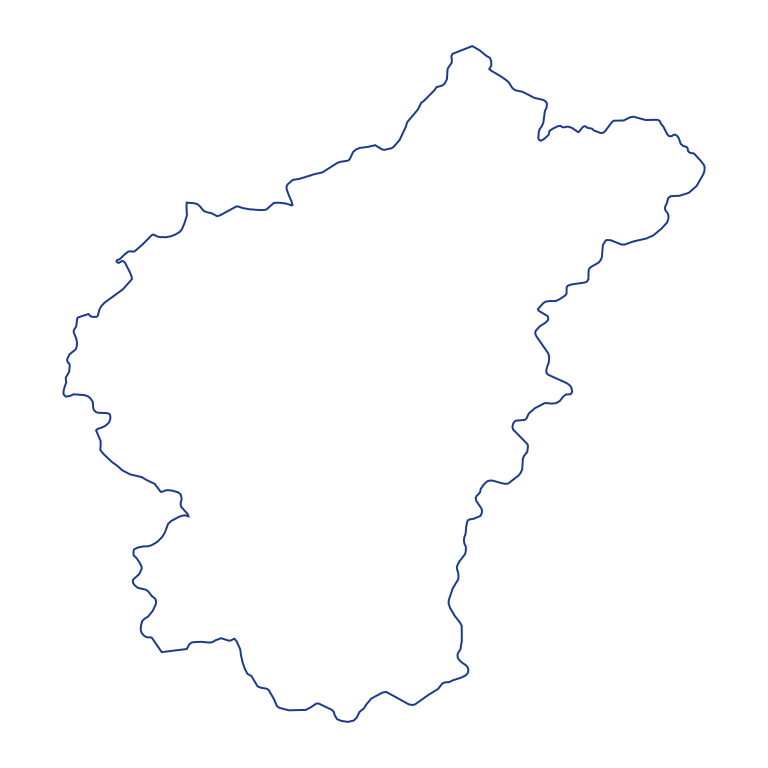 Ha Lang, Cao Bằng, Vietnam (Mercator projection)
{"feature_id": "81297802B75623207701482", "entity_name": "Ha Lang", "entity_type": "district", "adm_level": 2, "iso_a3": "VNM", "parent_name": "Vietnam", "parent_adm1": "Cao Bằng", "projection": "mercator", "projection_center": [106.692, 22.709], "detail": "fine", "context": "isolated", "style": "outline", "palette": "blue", "viewbox_px": 768, "rotation_deg": 0, "n_neighbors": 0, "source": "geoboundaries", "source_scale": "gbopen_adm2", "svg_char_len": 6045}
<svg xmlns="http://www.w3.org/2000/svg" viewBox="0 0 768 768"><path d="M186.8,649.0L189.2,644.4L191.3,642.7L193.1,642.2L201.1,641.8L209.8,642.6L212.7,642.0L215.5,640.3L221.3,638.2L228.1,640.5L230.5,640.6L234.4,638.7L236.7,641.4L240.3,649.6L240.9,654.9L242.7,662.7L244.8,668.8L247.4,673.8L251.5,676.1L257.5,686.3L260.8,687.7L266.6,688.7L268.6,689.9L273.5,698.3L277.0,706.1L279.3,707.8L288.8,710.3L305.8,709.9L311.0,707.2L316.3,703.6L318.6,703.5L332.3,710.1L333.8,712.0L334.8,715.4L337.1,719.2L341.2,720.9L348.1,721.9L353.9,720.5L356.7,717.6L359.6,711.8L364.0,708.3L366.1,704.7L371.4,698.5L382.0,692.8L384.1,692.2L386.4,692.0L408.9,704.4L412.9,705.0L415.3,704.2L428.6,694.8L438.1,688.9L442.2,683.6L444.8,682.4L449.2,682.1L452.9,680.3L460.4,677.9L465.2,675.7L467.6,673.4L468.4,670.6L467.9,667.9L466.4,665.7L461.5,662.2L458.9,659.6L457.6,657.1L457.5,654.6L458.5,652.1L460.4,649.6L461.8,640.6L461.7,625.9L460.4,623.1L454.7,615.8L450.2,608.2L448.6,603.6L448.8,600.0L452.7,588.5L458.0,579.6L458.5,577.6L458.3,573.0L457.1,569.5L456.9,567.0L457.6,564.8L459.2,561.7L465.1,554.0L465.8,551.1L465.9,546.8L464.4,543.7L463.9,540.3L464.2,537.6L465.5,534.1L466.2,526.7L467.1,522.3L467.8,520.4L469.6,519.4L473.6,518.8L480.3,516.0L481.6,513.8L482.0,511.1L481.6,508.7L476.3,501.0L475.7,497.9L476.5,496.0L478.4,494.3L480.2,492.0L480.6,489.1L483.7,484.6L487.2,481.3L490.1,480.5L493.1,480.7L502.0,483.3L505.8,483.9L508.4,483.4L518.9,475.2L520.8,472.6L522.2,469.2L522.9,458.7L524.0,455.9L527.2,452.0L528.0,446.2L527.3,444.0L513.2,429.6L512.4,427.1L513.0,424.0L514.1,422.1L515.6,420.7L524.9,419.9L526.6,418.3L528.7,413.6L534.7,408.3L544.3,403.3L545.7,403.0L551.5,403.6L555.8,403.2L559.7,401.1L563.4,396.4L566.1,394.5L570.5,394.2L571.6,393.1L572.1,391.3L571.4,387.7L569.9,385.5L567.1,383.3L548.5,374.9L546.6,373.2L546.2,370.7L547.4,366.0L548.8,362.4L549.2,356.7L548.2,353.3L536.6,336.6L535.5,334.4L535.2,332.1L536.0,330.5L539.9,326.2L544.9,323.1L547.7,320.6L548.3,318.8L547.6,316.1L538.6,310.7L537.9,309.1L543.3,303.1L545.8,301.6L550.4,301.0L555.4,301.1L559.3,299.4L565.4,295.3L566.5,293.8L566.7,287.1L567.9,285.6L571.7,284.4L584.3,282.6L586.7,281.8L588.4,279.3L588.6,270.7L589.2,268.8L590.8,267.0L598.5,262.7L600.9,259.7L601.9,257.1L602.9,245.0L605.7,240.5L606.9,240.0L611.0,240.3L621.7,244.6L624.8,244.5L633.9,241.3L646.4,238.5L653.3,235.4L661.4,228.7L667.0,222.6L668.3,219.0L668.5,216.0L667.6,213.0L665.5,210.5L664.9,208.3L665.4,206.1L666.9,203.0L668.0,198.6L669.4,197.0L671.2,196.1L679.4,195.8L688.8,192.8L696.6,186.0L703.4,174.1L704.5,170.5L704.6,167.1L703.9,164.9L700.8,160.9L694.0,153.5L690.3,152.9L688.9,152.0L687.9,150.6L687.7,148.5L686.6,147.0L683.2,146.0L680.7,143.8L678.7,138.0L676.8,135.6L675.2,134.6L673.7,134.8L671.4,136.3L668.9,136.0L667.4,134.5L663.2,126.4L661.1,124.0L660.0,121.4L658.7,120.3L657.1,119.8L645.7,120.0L633.4,116.7L630.5,117.2L623.5,120.5L614.0,120.7L612.4,121.7L611.1,123.1L605.2,131.1L603.4,132.6L602.2,132.9L600.6,133.0L594.1,130.6L591.9,128.6L587.9,128.0L585.4,126.3L584.0,126.3L582.6,127.3L578.7,132.1L578.1,132.1L572.2,128.0L569.0,126.9L567.7,126.6L563.3,127.4L562.0,127.0L560.9,126.0L558.0,126.1L552.7,128.7L549.5,130.9L548.6,134.9L543.7,139.3L540.9,140.7L539.7,140.2L538.7,139.5L538.4,137.6L538.7,132.6L539.6,129.2L541.5,126.7L543.3,122.9L544.9,110.9L546.6,107.7L546.9,104.0L546.5,102.3L543.6,100.0L534.5,97.9L522.5,91.8L515.5,90.3L513.2,88.8L511.9,87.4L508.9,82.5L506.3,80.2L501.1,76.5L491.5,70.9L489.3,69.1L491.3,65.6L491.2,61.2L490.0,57.9L486.7,56.1L479.6,50.3L472.2,46.1L452.4,53.9L451.4,56.2L451.9,60.7L451.5,63.1L448.6,67.1L447.5,69.4L447.0,78.9L445.2,82.7L444.0,84.3L441.7,85.7L436.4,87.2L435.1,89.4L432.9,91.8L423.4,101.3L421.3,102.7L417.8,109.6L407.1,122.3L405.9,126.6L399.7,139.8L394.0,146.5L391.7,148.2L384.2,149.9L382.0,149.4L375.2,145.2L367.3,147.0L359.8,147.9L356.1,149.5L353.2,151.8L349.6,159.4L347.8,160.7L339.9,161.9L337.0,163.1L322.4,172.4L314.3,174.2L299.7,178.8L292.8,179.9L287.9,184.1L286.7,185.8L286.6,187.1L286.6,188.9L288.4,194.2L291.5,201.4L292.5,205.0L291.8,205.4L285.9,203.5L278.8,202.7L273.9,202.9L266.8,209.2L265.0,209.9L260.5,210.1L249.7,209.3L242.9,208.1L237.7,206.4L236.5,206.4L220.1,215.3L217.1,216.2L212.0,213.4L206.5,212.1L203.5,210.7L200.0,206.4L197.4,204.1L194.4,203.3L186.7,202.6L186.5,206.1L186.9,215.5L184.4,223.4L182.0,229.1L180.0,231.7L176.0,234.2L171.6,236.1L166.3,237.2L160.1,237.1L157.0,236.4L153.6,234.6L152.7,234.7L151.6,235.3L142.7,244.3L134.8,251.2L133.8,251.6L129.7,251.3L128.1,251.7L124.6,254.4L120.0,259.0L116.8,260.3L116.5,261.3L116.8,261.9L117.2,262.4L118.8,262.9L122.0,261.0L123.3,261.3L124.9,262.5L129.9,272.3L131.6,276.6L131.9,279.2L122.8,289.4L104.9,302.4L101.6,305.7L99.6,309.2L97.6,316.2L96.5,316.8L92.3,316.9L90.2,316.0L88.5,314.0L79.0,317.1L77.8,317.7L77.2,318.5L76.2,326.5L73.9,330.1L73.6,331.9L76.1,338.2L77.0,342.2L76.7,346.8L75.6,349.5L69.5,354.3L67.3,358.9L67.2,360.8L67.7,362.1L69.3,363.7L69.7,365.5L69.2,371.7L65.7,377.8L66.2,382.4L63.9,389.3L63.4,392.9L63.7,394.5L65.9,396.6L69.8,396.0L73.8,394.3L84.4,395.1L88.3,396.5L90.8,398.8L92.8,402.2L93.1,407.3L94.0,410.2L96.2,412.2L98.8,412.8L106.9,413.1L109.4,413.9L110.1,415.2L110.4,417.8L110.1,419.9L108.6,423.0L105.2,425.9L101.1,427.9L97.7,428.8L96.1,430.4L100.7,441.2L100.4,450.3L103.9,454.4L112.0,462.0L117.0,465.6L122.3,470.3L130.1,474.4L141.7,477.1L146.6,480.0L154.7,483.9L160.7,491.8L162.3,491.7L166.6,490.1L171.7,490.5L177.8,492.2L180.6,494.3L181.7,498.6L180.5,503.9L181.3,507.0L187.7,514.1L188.4,516.3L184.8,515.3L182.6,515.6L179.2,516.7L171.0,521.1L168.1,523.9L164.8,532.6L162.2,537.0L157.2,541.9L151.9,545.1L148.0,546.3L143.4,546.4L138.0,547.5L134.3,549.2L133.5,551.1L133.6,555.3L136.9,558.5L139.7,562.9L141.6,566.6L141.6,569.1L139.2,574.1L133.1,579.6L132.9,581.1L133.2,583.3L134.8,585.4L137.8,587.8L146.2,589.8L148.7,592.0L151.9,596.1L154.8,598.4L155.8,600.2L156.1,601.8L155.7,604.4L152.9,610.6L148.1,616.6L144.9,618.5L142.3,620.9L141.0,625.3L140.7,629.7L141.6,632.9L143.7,635.4L145.4,636.6L147.9,637.4L151.0,637.4L152.1,638.1L161.7,652.1L186.8,649.0Z" fill="none" stroke="#1e3a8a" stroke-width="2"/></svg>